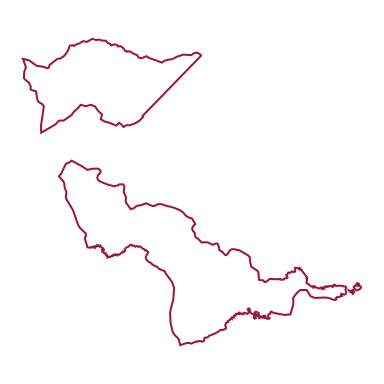 Konawe, Sulawesi Tenggara, Indonesia
{"feature_id": "22746128B78249855862414", "entity_name": "Konawe", "entity_type": "district", "adm_level": 2, "iso_a3": "IDN", "parent_name": "Indonesia", "parent_adm1": "Sulawesi Tenggara", "projection": "mercator", "projection_center": [122.048, -3.513], "detail": "fine", "context": "isolated", "style": "outline", "palette": "rose", "viewbox_px": 384, "rotation_deg": 0, "n_neighbors": 0, "source": "geoboundaries", "source_scale": "gbopen_adm2", "svg_char_len": 5969}
<svg xmlns="http://www.w3.org/2000/svg" viewBox="0 0 384 384"><path d="M180.2,345.1L186.8,343.0L189.1,342.9L191.3,343.6L196.2,341.4L197.1,341.9L198.7,341.0L200.0,341.0L202.3,341.7L204.1,340.8L204.2,338.5L204.8,337.7L207.5,337.5L209.1,335.8L214.6,333.6L218.5,331.6L220.1,330.1L223.3,329.8L225.8,328.6L226.0,327.2L225.2,325.3L226.2,322.7L228.2,322.1L227.9,321.1L229.1,320.5L229.7,319.5L230.4,319.5L231.6,317.8L231.9,318.2L231.9,317.4L234.0,317.5L233.6,316.5L234.1,315.5L234.7,315.1L235.6,315.5L235.8,314.5L236.9,315.0L236.2,314.4L236.5,313.7L239.1,314.1L239.2,313.7L238.3,313.3L239.5,312.6L240.1,313.6L240.9,313.5L241.4,314.1L242.5,313.5L243.3,314.0L243.5,313.2L245.2,312.8L246.8,313.9L247.9,313.5L248.6,312.6L248.8,311.1L248.0,310.2L247.7,309.1L248.5,308.4L249.5,308.6L249.8,309.6L249.5,311.0L250.3,311.3L250.3,312.4L251.8,313.8L253.6,314.1L255.3,311.7L256.3,311.9L254.6,313.9L253.8,316.9L253.8,317.7L254.8,318.6L255.7,318.3L255.2,317.1L257.0,316.0L256.2,315.3L256.4,314.8L257.4,314.3L258.3,313.0L258.9,313.3L258.8,314.5L257.7,314.8L259.1,316.0L259.0,317.9L259.7,318.0L260.8,316.5L262.1,317.7L262.9,317.7L262.9,316.5L263.7,316.7L263.9,315.7L264.6,315.7L265.7,316.5L265.2,318.0L266.8,318.3L267.2,318.8L269.2,318.7L269.7,318.2L268.5,317.3L268.1,315.3L268.4,314.4L270.3,313.9L270.3,312.3L271.2,311.6L273.5,312.9L285.6,315.1L287.0,314.5L290.4,314.5L293.3,304.2L293.2,297.7L297.3,292.4L300.4,290.0L306.7,290.0L310.6,296.3L314.7,297.9L325.0,297.5L328.5,297.9L334.0,299.9L335.7,299.9L336.4,299.2L335.9,298.2L336.7,297.2L338.1,297.2L341.8,296.0L340.9,295.3L341.3,293.8L344.6,294.6L345.7,294.0L346.3,292.1L345.4,289.8L346.2,287.3L345.9,286.8L341.3,285.7L336.1,285.9L335.0,284.9L333.9,286.0L333.6,285.1L333.2,285.4L332.3,286.8L331.0,286.0L329.1,286.1L328.6,286.6L326.6,286.3L326.7,287.8L326.2,286.4L325.5,286.5L323.6,287.3L324.0,288.4L323.6,288.2L323.0,288.8L322.9,288.4L322.1,288.7L322.2,287.6L320.6,287.5L319.9,288.3L318.9,288.4L315.4,287.2L314.5,286.1L313.5,286.2L314.2,287.4L313.3,287.7L312.7,286.6L311.2,286.5L308.8,284.3L306.7,283.2L306.5,281.6L307.0,280.2L306.5,278.7L307.2,278.5L307.1,277.4L299.7,267.9L299.0,268.7L300.4,269.3L299.6,269.6L297.4,267.9L295.1,267.8L295.1,271.6L293.4,272.1L292.0,271.3L290.2,272.8L288.3,272.5L287.6,274.2L286.2,275.0L287.6,277.3L287.0,278.1L284.4,278.4L283.9,279.6L280.3,279.7L280.1,278.8L276.6,279.3L269.7,278.9L266.5,281.6L264.6,282.1L263.2,280.4L259.1,279.9L258.3,272.2L257.3,270.7L251.8,267.1L251.1,266.2L249.9,260.4L249.9,257.4L248.1,255.4L239.3,250.3L234.1,249.2L231.8,249.2L230.1,250.2L228.5,252.2L227.9,253.7L226.4,255.0L225.3,255.1L222.5,252.0L219.3,250.0L219.0,247.4L217.5,243.5L215.6,243.6L212.8,244.8L207.5,242.3L201.6,242.4L197.7,238.4L196.0,237.7L194.9,235.5L194.7,232.6L193.2,231.3L192.1,229.0L192.7,226.7L195.3,224.0L191.9,218.4L189.2,217.7L187.1,216.5L185.3,215.2L183.2,212.5L180.3,210.4L174.3,207.8L164.3,205.2L161.9,204.2L158.3,204.1L154.4,205.9L152.5,206.0L146.0,203.3L142.1,204.8L136.6,206.0L133.8,208.2L130.8,209.2L126.0,202.6L125.6,200.3L126.2,197.8L123.7,191.9L124.4,186.3L123.3,184.4L119.5,184.3L117.9,185.4L113.9,186.2L107.7,184.6L100.1,181.5L98.2,180.1L97.3,178.1L97.6,176.2L98.5,174.6L100.4,172.8L100.5,170.6L98.4,168.7L92.7,168.7L87.4,169.9L82.7,166.7L71.6,160.6L69.7,162.2L65.9,163.8L61.3,173.4L59.0,176.3L63.3,181.4L64.2,183.1L64.8,188.4L66.5,191.6L65.8,197.1L66.4,199.1L73.0,210.2L78.0,224.6L79.8,227.6L85.8,233.6L85.9,235.9L84.8,238.2L87.4,247.3L90.4,247.8L90.7,247.2L91.9,246.9L92.9,247.6L93.5,246.8L94.9,247.7L94.9,246.2L95.8,246.5L96.2,246.0L96.2,246.6L96.9,246.6L97.7,246.1L97.4,245.5L97.8,245.3L99.3,245.6L99.2,246.3L100.0,246.7L100.5,245.9L101.0,247.4L102.6,247.8L102.8,248.5L103.8,249.2L103.8,249.9L102.2,250.0L102.6,250.7L102.4,251.5L103.5,251.0L103.7,252.8L104.5,253.3L105.7,253.3L105.6,254.2L106.4,254.4L106.2,255.2L106.9,255.4L106.7,256.1L107.2,256.7L107.8,256.6L107.7,257.5L109.1,256.9L110.6,256.9L111.1,256.1L112.8,255.9L112.7,255.2L114.0,254.5L114.4,255.3L115.5,255.1L115.9,254.4L117.3,255.4L117.8,254.4L119.5,254.7L120.5,253.5L122.4,252.5L122.6,251.6L123.6,252.0L124.9,251.0L124.8,249.2L126.0,247.8L128.5,246.6L130.1,244.9L131.7,244.8L132.1,245.8L134.2,245.6L135.1,246.7L137.1,246.0L138.4,246.9L140.2,246.4L142.6,248.5L144.7,249.6L145.1,250.3L145.5,249.9L146.4,250.4L148.2,252.2L145.9,256.7L145.9,258.9L147.7,261.1L149.5,262.4L150.4,262.5L152.9,264.9L157.6,267.2L158.9,268.7L163.3,270.7L164.5,270.9L165.8,273.6L172.1,282.1L174.1,288.0L173.3,299.5L170.7,309.1L170.1,313.3L170.6,323.0L172.8,332.3L174.8,335.2L178.6,338.8L180.2,345.1ZM41.2,132.7L55.2,124.5L59.0,120.6L63.5,120.6L71.4,115.2L74.0,111.6L77.9,108.2L80.7,104.8L85.8,106.2L91.1,104.8L95.1,106.5L97.6,110.2L102.1,114.7L100.7,119.2L104.6,121.5L109.3,122.7L116.2,125.6L119.2,122.9L121.4,124.5L123.5,126.9L126.3,125.2L129.9,125.2L135.3,123.2L139.2,121.0L143.2,116.8L142.6,115.9L201.1,55.7L199.5,53.8L196.7,52.5L194.1,53.2L191.1,55.1L183.2,54.6L177.0,56.7L172.6,59.0L166.6,60.0L163.9,61.1L162.0,62.6L149.6,58.1L146.4,56.2L142.5,57.9L140.4,58.2L138.5,57.4L136.9,55.0L133.3,53.5L130.1,51.4L128.3,51.6L127.8,51.2L126.8,51.7L126.2,51.1L125.1,51.0L123.8,48.5L120.6,46.2L117.8,46.4L117.2,45.1L115.0,44.3L111.0,45.4L110.2,43.8L108.3,43.3L105.6,40.7L101.5,40.5L99.6,39.6L96.2,40.0L92.2,38.9L87.0,41.8L83.1,41.2L82.1,41.6L80.1,43.1L75.5,44.7L74.4,45.9L72.4,45.2L69.8,45.7L68.1,50.5L64.4,55.7L60.2,58.6L57.9,58.7L56.2,59.7L49.6,64.9L48.6,67.7L47.7,68.3L43.4,66.8L36.5,65.7L28.9,60.2L23.0,58.9L26.0,67.5L24.3,71.4L23.9,78.0L25.3,79.8L28.9,82.6L30.7,86.3L30.6,89.2L31.7,90.1L35.8,91.2L36.4,92.2L36.4,94.6L37.5,100.2L38.7,102.1L42.5,104.3L43.8,106.7L40.9,126.4L41.2,132.7ZM357.6,285.6L354.7,285.8L353.7,286.9L355.8,290.2L356.7,290.5L359.5,289.3L361.0,287.7L361.0,286.8L360.5,286.3L357.6,285.6ZM354.0,292.4L353.2,289.8L350.5,291.1L349.1,290.5L349.9,291.8L351.7,292.2L352.6,291.8L352.3,293.6L352.8,294.0L354.0,292.4ZM358.7,285.2L359.1,284.4L358.8,283.8L357.4,283.1L356.4,283.8L356.5,285.1L358.7,285.2Z" fill="none" stroke="#9f1239" stroke-width="2"/></svg>